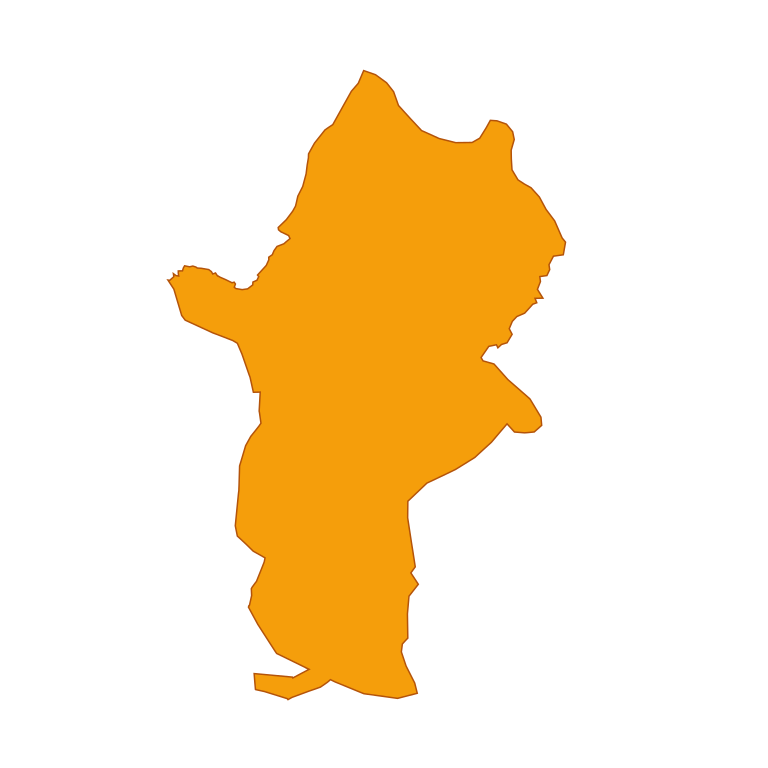 Careysburg, Montserrado, Liberia (Robinson projection), rotated 82°
{"feature_id": "62588387B2159992345918", "entity_name": "Careysburg", "entity_type": "district", "adm_level": 2, "iso_a3": "LBR", "parent_name": "Liberia", "parent_adm1": "Montserrado", "projection": "robinson", "projection_center": [-10.552, 6.442], "detail": "fine", "context": "isolated", "style": "filled", "palette": "amber", "viewbox_px": 768, "rotation_deg": 82, "n_neighbors": 0, "source": "geoboundaries", "source_scale": "gbopen_adm2", "svg_char_len": 3248}
<svg xmlns="http://www.w3.org/2000/svg" viewBox="0 0 768 768"><g transform="rotate(82 384 384)"><path d="M514.2,550.4L517.2,547.9L523.5,542.8L524.8,541.8L531.2,536.9L531.4,536.7L539.6,526.0L543.6,527.4L549.6,530.8L561.8,537.8L562.6,538.7L566.8,542.8L568.3,543.9L569.7,544.0L575.1,544.5L575.3,544.6L584.1,547.9L584.7,548.2L584.7,548.6L586.1,549.3L586.6,549.1L604.5,542.4L633.3,529.1L635.9,527.8L655.2,499.2L655.2,499.3L656.1,497.9L662.4,515.2L661.5,515.5L652.7,552.9L661.0,553.4L668.4,553.8L668.5,553.5L668.8,553.5L671.9,545.2L682.1,523.6L683.2,523.0L682.4,521.0L682.1,520.2L681.5,518.6L679.4,508.9L677.6,500.6L676.4,494.4L675.3,489.1L671.6,481.8L670.7,480.3L669.3,478.2L672.2,473.9L681.5,458.0L684.9,452.2L687.9,447.0L697.2,414.3L694.9,394.1L684.4,395.2L666.3,401.4L651.7,404.1L644.0,402.0L641.5,399.0L639.9,397.0L639.0,395.8L616.5,393.0L614.9,392.8L597.6,388.8L587.1,377.9L574.8,383.7L571.7,380.7L569.4,378.5L555.2,378.7L544.1,378.9L519.8,379.2L503.4,376.7L502.2,375.0L488.1,355.3L480.4,330.7L478.5,324.9L469.4,304.3L466.6,300.3L463.1,295.2L456.6,285.7L448.4,276.5L440.6,267.7L449.7,261.5L451.9,251.7L452.1,249.0L452.4,241.9L446.9,233.6L438.7,233.2L419.2,241.5L416.1,244.1L396.9,260.7L379.5,272.3L374.9,282.7L371.3,284.2L361.3,275.0L360.8,267.2L364.0,266.2L361.2,262.1L360.3,256.4L352.6,250.2L346.7,252.3L341.5,249.2L339.8,248.2L335.7,243.1L333.4,234.8L330.0,230.7L325.7,225.6L324.8,221.4L320.2,222.5L321.1,214.7L311.6,218.9L308.6,217.2L304.3,214.8L299.3,214.8L299.3,207.6L293.8,204.0L288.8,204.0L281.0,198.4L281.0,188.5L279.9,188.1L268.8,184.5L264.1,187.3L246.2,192.3L233.7,199.2L220.5,204.1L219.6,204.7L210.1,211.1L205.5,217.2L200.5,222.9L189.8,227.4L189.2,227.4L179.0,226.6L174.0,226.0L170.1,225.5L160.0,221.0L152.1,221.5L143.7,226.6L139.1,235.5L137.7,242.0L144.2,246.9L148.3,250.3L153.9,255.0L157.1,263.1L155.0,279.4L152.7,285.0L148.6,295.2L139.9,308.9L138.3,311.5L125.2,320.7L117.9,325.7L110.2,330.9L95.9,333.8L86.1,339.5L76.6,349.3L70.8,360.5L82.6,367.6L89.6,375.6L102.8,385.6L117.1,396.4L120.0,398.6L122.1,403.0L124.1,407.0L135.8,419.3L140.0,422.5L145.6,426.7L149.6,427.4L156.5,429.6L165.1,431.9L177.1,437.0L186.0,443.2L192.9,445.8L195.6,446.9L200.2,450.4L207.7,457.9L214.3,467.0L216.6,467.0L218.9,465.0L223.7,457.8L226.9,456.8L229.4,460.9L231.2,463.6L232.9,470.8L236.7,474.4L240.4,476.6L242.4,480.5L245.0,480.8L250.2,484.1L258.5,494.1L260.2,493.1L263.6,495.4L264.8,499.6L267.6,500.2L270.8,505.8L270.8,511.3L268.9,517.4L267.4,518.8L264.3,517.2L262.3,518.2L262.6,520.4L258.6,526.3L255.4,531.5L254.6,532.5L253.9,533.3L253.9,533.8L250.6,535.4L251.2,538.3L248.6,539.3L247.7,540.3L246.3,541.6L244.0,548.8L243.2,552.7L242.0,554.0L240.6,556.9L240.9,560.2L239.2,565.0L241.1,566.5L243.9,567.8L243.4,572.0L245.7,572.3L248.5,572.3L247.7,574.9L245.4,577.2L248.5,577.2L251.5,581.8L251.0,583.5L260.8,578.9L288.0,574.8L293.1,572.0L293.8,570.9L309.5,546.5L311.4,543.0L319.9,527.7L320.8,526.6L322.8,524.1L323.4,523.5L334.6,520.5L338.1,519.8L355.5,516.4L358.7,515.7L362.5,515.4L374.0,514.5L374.8,507.7L393.5,511.4L395.2,511.3L397.7,511.3L405.7,511.3L408.4,513.8L412.9,518.5L417.3,523.2L425.8,529.6L440.5,536.3L445.0,538.4L463.9,541.6L468.3,542.4L468.7,542.4L472.0,543.3L503.7,551.0L514.2,550.4Z" fill="#f59e0b" stroke="#b45309" stroke-width="1.5"/></g></svg>